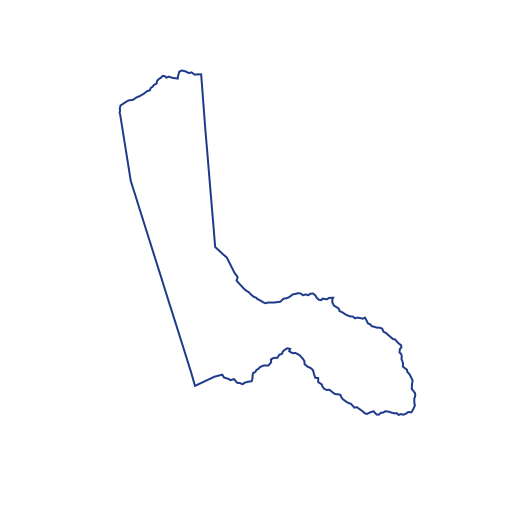 outline of Tupanatinga, Pernambuco, Brazil, rotated 339°
{"feature_id": "56859067B27926244892449", "entity_name": "Tupanatinga", "entity_type": "district", "adm_level": 2, "iso_a3": "BRA", "parent_name": "Brazil", "parent_adm1": "Pernambuco", "projection": "robinson", "projection_center": [-37.223, -8.674], "detail": "fine", "context": "isolated", "style": "outline", "palette": "blue", "viewbox_px": 512, "rotation_deg": 339, "n_neighbors": 0, "source": "geoboundaries", "source_scale": "gbopen_adm2", "svg_char_len": 3033}
<svg xmlns="http://www.w3.org/2000/svg" viewBox="0 0 512 512"><g transform="rotate(339 256 256)"><path d="M269.9,66.8L267.3,65.7L263.8,64.8L261.6,61.5L258.7,61.1L256.6,58.6L253.3,56.2L250.5,56.4L247.6,60.2L246.5,62.3L243.8,60.8L242.1,59.9L238.8,57.3L236.2,57.4L235.5,55.6L233.5,54.4L230.8,55.6L228.9,55.9L226.6,56.9L224.9,59.4L221.8,59.8L220.0,61.0L217.9,61.4L216.2,63.4L213.7,63.0L208.9,64.4L204.3,65.1L201.4,65.1L197.2,66.1L192.8,65.1L190.0,65.5L183.5,66.9L181.6,69.6L181.3,71.5L180.1,73.1L179.8,75.6L166.0,141.0L165.1,155.7L163.3,184.6L161.1,220.6L160.9,223.9L160.5,230.2L159.6,245.5L158.0,270.5L157.6,277.8L156.2,301.4L153.7,341.6L152.5,355.4L173.9,353.8L182.0,354.7L182.6,358.0L186.4,361.0L187.6,362.8L191.3,363.0L192.1,365.2L193.0,367.6L195.4,368.9L197.7,371.0L200.0,370.2L201.7,370.4L203.9,370.6L207.0,371.4L208.9,368.9L210.1,366.1L211.2,364.3L213.7,364.0L215.8,362.5L217.7,362.3L220.1,361.1L224.1,361.0L225.9,361.8L228.3,362.7L232.1,360.6L232.9,357.9L235.9,357.5L239.5,358.7L242.4,356.5L245.0,356.7L247.0,354.7L249.5,353.8L252.2,353.4L254.6,355.0L252.9,356.7L254.3,358.7L255.6,360.0L257.9,360.5L260.0,362.8L261.3,364.5L262.9,368.7L263.5,371.5L262.6,374.4L264.6,378.0L266.4,379.6L267.5,381.3L268.3,383.1L267.8,387.3L267.7,390.9L270.3,392.2L268.9,396.0L271.4,399.5L271.2,401.6L272.2,404.6L274.0,406.4L276.5,407.1L278.1,409.8L280.1,413.0L285.0,415.7L285.1,418.7L285.9,421.1L288.0,424.3L289.7,426.5L291.6,427.9L292.5,430.2L293.5,432.8L296.0,433.3L297.5,435.6L300.0,439.3L301.0,441.5L302.9,443.2L307.0,442.9L310.1,443.1L311.8,447.3L313.8,448.1L316.5,447.1L318.5,447.8L321.1,447.3L323.7,448.6L326.9,451.2L329.2,452.7L331.1,453.1L332.2,455.5L334.7,455.5L336.6,457.0L339.6,456.9L342.2,456.2L345.0,457.6L348.3,455.0L350.7,452.6L351.3,449.5L352.6,446.0L354.7,443.4L355.3,440.9L353.8,435.9L355.7,431.6L357.6,428.3L357.2,423.3L356.7,420.7L355.7,418.4L356.2,416.4L354.5,413.6L353.5,411.9L354.8,408.8L354.9,406.7L354.9,404.2L356.1,402.1L356.4,399.6L355.4,397.3L357.2,394.2L359.0,393.5L359.5,391.3L358.1,389.1L357.2,387.3L355.9,383.6L354.2,382.8L352.4,379.5L350.7,376.3L349.8,374.4L347.8,372.3L347.8,369.1L345.9,367.3L343.0,366.1L341.2,364.6L338.9,363.0L338.0,360.5L336.4,359.2L336.1,356.2L335.7,352.7L333.3,352.8L330.6,351.0L328.4,349.8L326.0,349.6L324.8,347.3L322.2,346.1L319.8,343.9L318.1,342.0L316.6,339.7L314.3,337.4L314.4,334.8L313.0,332.8L311.1,330.4L310.6,326.8L311.6,324.0L313.0,322.6L309.2,321.3L306.5,321.8L303.0,319.7L301.1,320.6L299.0,319.4L297.7,316.8L297.3,314.0L295.7,311.4L293.0,310.7L290.8,311.4L288.7,309.7L285.8,309.5L284.3,307.1L282.0,305.8L279.0,305.5L276.4,305.0L274.5,305.7L271.9,306.3L269.6,306.4L266.4,305.7L262.2,307.4L256.2,305.9L250.0,303.6L247.9,303.5L246.1,301.8L244.3,299.3L242.0,296.9L241.1,294.9L239.2,293.2L237.4,290.0L236.4,287.3L234.7,285.2L233.3,282.9L231.4,278.1L230.4,275.7L229.0,272.1L231.3,269.1L229.9,263.9L229.6,261.0L228.5,250.0L228.2,246.9L225.9,242.7L221.1,233.0L229.6,203.9L235.9,182.1L248.0,140.6L249.8,134.4L253.8,120.5L269.9,66.8Z" fill="none" stroke="#1e3a8a" stroke-width="2"/></g></svg>